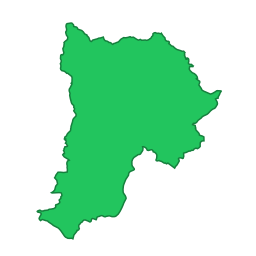 the district of Muong La, Son La, Vietnam, rotated 267°
{"feature_id": "81297802B85331365285334", "entity_name": "Muong La", "entity_type": "district", "adm_level": 2, "iso_a3": "VNM", "parent_name": "Vietnam", "parent_adm1": "Son La", "projection": "natural_earth1", "projection_center": [104.061, 21.526], "detail": "fine", "context": "isolated", "style": "filled", "palette": "green", "viewbox_px": 256, "rotation_deg": 267, "n_neighbors": 0, "source": "geoboundaries", "source_scale": "gbopen_adm2", "svg_char_len": 5742}
<svg xmlns="http://www.w3.org/2000/svg" viewBox="0 0 256 256"><g transform="rotate(267 128 128)"><path d="M220.8,166.3L220.5,166.1L220.4,165.7L221.1,163.3L221.0,161.9L221.8,160.3L221.7,159.2L220.9,157.9L219.2,157.7L218.7,157.4L218.0,156.5L216.3,155.4L215.9,154.4L215.2,153.5L214.6,151.7L214.6,150.8L215.0,149.7L214.9,148.9L214.9,146.1L215.8,145.1L215.7,144.4L215.2,143.3L215.3,142.9L216.0,141.5L218.4,138.2L218.3,135.9L219.0,135.0L219.0,134.7L218.5,132.7L218.2,130.3L218.5,128.4L217.0,125.5L214.5,123.0L213.8,120.6L213.3,119.7L213.2,118.4L212.3,117.2L212.4,116.9L213.8,115.5L214.4,114.3L214.4,113.4L215.1,112.8L215.8,111.7L216.2,110.1L216.8,109.4L217.8,108.7L220.1,108.1L219.3,105.0L219.3,103.7L218.5,101.5L218.3,100.3L217.6,97.3L216.3,96.1L216.4,95.5L217.3,94.5L220.4,93.6L222.4,91.9L223.0,91.9L224.3,89.6L226.2,88.5L227.8,86.9L229.2,83.4L229.6,82.9L230.3,82.8L231.1,82.3L231.5,81.8L232.2,79.1L233.5,79.1L234.1,78.8L235.7,77.4L235.8,76.5L235.4,72.6L234.8,71.9L233.5,71.5L232.4,71.4L229.9,71.9L227.9,71.5L227.3,70.9L226.5,70.8L223.9,71.4L222.2,72.5L221.5,72.6L220.5,72.3L219.7,72.3L217.4,69.2L216.5,68.5L215.5,68.8L214.1,68.3L213.2,68.4L210.6,67.1L208.0,67.5L207.0,67.9L206.4,67.8L204.9,67.1L204.5,66.7L204.4,66.4L204.7,65.7L204.7,65.2L204.0,64.6L200.7,64.2L199.3,64.8L198.4,64.9L196.9,64.5L195.7,63.8L194.5,64.2L193.7,64.2L192.2,64.1L191.3,63.7L190.0,63.9L188.8,64.8L188.1,67.1L187.4,68.2L185.8,69.7L185.8,70.5L185.5,71.2L184.9,71.6L184.0,72.8L183.4,73.2L182.7,74.3L181.5,74.7L180.9,74.8L176.4,74.4L175.7,73.6L175.1,74.4L174.6,74.2L170.8,72.1L169.9,71.4L168.2,71.2L165.5,71.9L163.8,71.5L160.2,72.0L156.3,72.8L155.1,73.3L153.3,74.9L152.6,75.1L151.4,74.9L150.1,75.7L148.7,75.2L148.0,74.7L144.4,76.9L142.5,76.6L141.3,75.1L140.0,73.9L138.8,73.3L137.1,72.9L132.6,71.2L131.4,71.1L130.2,70.7L129.4,70.7L128.4,70.4L127.1,69.2L126.9,68.6L125.0,66.9L123.3,66.1L122.4,64.6L120.5,63.9L120.2,63.9L120.0,64.4L120.3,65.1L120.2,65.3L119.1,64.7L118.4,65.5L117.4,65.6L116.1,64.7L115.3,65.8L114.0,66.2L113.3,66.7L112.8,66.4L112.6,65.4L112.6,64.1L112.4,63.9L111.7,63.7L110.5,63.0L109.8,63.1L108.8,62.4L107.9,63.0L105.8,63.2L105.7,62.4L105.4,62.3L105.3,61.9L104.6,61.4L102.5,62.8L99.8,66.7L98.9,67.6L98.2,65.9L96.3,65.1L94.7,65.1L93.3,65.4L91.9,65.1L89.8,65.3L87.2,65.0L86.9,61.4L87.4,58.2L87.5,55.8L84.7,53.5L82.9,52.7L82.1,52.1L79.5,54.2L75.8,54.7L74.2,53.1L73.3,52.6L70.0,51.6L68.4,50.0L67.4,48.2L67.1,48.8L67.1,55.8L66.8,57.7L66.4,58.1L64.4,58.5L63.8,58.4L62.9,57.4L61.1,57.2L59.9,55.6L59.3,55.5L57.9,56.0L57.0,55.9L56.5,55.3L55.3,53.3L55.3,52.3L55.1,51.9L54.3,51.6L53.0,51.7L52.3,51.3L51.4,49.6L51.0,46.6L51.0,45.3L50.8,44.6L50.2,43.7L50.0,40.0L49.6,39.4L49.6,37.1L50.5,35.9L50.5,35.2L49.9,33.5L49.5,33.0L49.3,33.0L48.7,33.6L48.2,35.6L47.7,36.4L47.1,36.8L46.4,36.8L42.9,34.7L42.1,34.5L41.1,34.9L40.1,35.9L40.9,37.0L41.1,37.8L39.8,41.1L39.4,42.8L38.4,43.6L35.8,47.1L34.6,48.3L31.7,53.3L29.3,55.3L23.3,59.0L22.3,59.9L21.0,62.2L20.8,64.3L20.9,65.7L20.2,67.2L24.0,68.4L27.4,71.4L27.8,71.7L28.4,71.7L28.7,73.1L29.0,73.5L30.0,74.1L31.5,73.7L32.5,73.7L33.1,73.7L34.1,74.2L34.7,75.1L35.6,75.6L36.6,77.4L37.8,78.3L38.3,79.0L38.4,80.4L37.2,83.2L36.2,84.9L36.3,85.6L36.9,86.3L38.4,86.7L39.2,87.2L39.4,87.5L39.5,87.8L39.1,89.1L38.1,91.2L38.1,91.5L40.5,92.4L41.0,93.3L41.2,94.6L41.9,96.5L41.8,97.7L40.8,99.4L40.5,100.5L40.9,101.7L41.3,104.7L40.3,107.4L40.2,109.5L40.3,110.4L40.6,111.3L42.6,113.8L45.4,115.8L48.7,117.7L51.1,118.9L53.4,119.9L57.7,122.4L58.9,122.3L60.5,121.7L63.2,120.1L64.2,119.8L67.0,119.8L70.7,120.4L72.5,121.1L76.8,123.1L80.7,126.0L82.4,126.3L83.6,126.9L84.5,128.1L85.7,131.4L86.2,132.1L87.0,132.1L89.8,130.3L90.9,130.0L94.4,130.1L96.6,131.0L98.3,132.4L100.2,135.7L100.8,136.4L101.0,138.2L101.4,139.1L104.9,141.6L107.0,141.9L108.5,141.6L108.5,142.7L107.8,144.0L106.8,145.2L104.8,146.1L104.5,147.3L105.1,150.1L105.0,150.7L104.1,151.7L102.9,151.9L102.4,153.3L101.4,154.4L100.1,155.2L98.8,155.4L96.2,155.0L94.7,154.3L94.1,154.4L93.8,154.8L93.6,155.6L93.9,157.4L93.5,157.9L92.9,159.7L91.1,162.2L91.0,162.5L91.1,163.5L90.2,164.5L90.3,165.0L90.9,166.0L85.5,172.5L87.2,173.5L88.2,174.7L89.6,175.7L92.3,177.4L93.4,177.3L94.2,176.8L94.8,176.8L95.3,177.4L95.5,178.7L95.2,179.9L94.7,180.9L94.9,181.5L96.7,182.2L100.0,182.2L100.6,185.0L101.7,187.5L101.7,189.0L102.4,190.4L102.3,191.7L102.8,192.4L103.6,192.9L104.3,194.8L103.7,196.3L104.8,198.2L105.8,199.1L108.2,199.2L109.8,199.5L110.3,200.0L111.2,201.4L111.2,203.2L115.1,203.3L116.0,201.9L117.1,199.0L118.3,198.8L119.4,198.3L122.3,195.9L124.0,195.3L124.4,195.7L124.7,195.5L127.0,195.2L128.0,192.7L129.2,193.5L129.3,194.1L129.1,195.0L129.9,196.7L132.0,198.4L134.1,201.6L135.1,202.5L136.0,203.9L137.5,207.6L138.5,209.0L140.8,211.3L142.3,213.4L143.0,215.3L143.7,216.3L146.8,218.4L147.7,218.6L149.3,218.4L152.4,216.9L152.9,217.9L153.0,219.5L154.4,219.7L156.7,221.2L157.7,221.5L159.9,223.0L160.1,222.9L160.3,221.9L160.6,219.1L160.5,218.5L159.4,216.7L158.1,214.1L157.6,212.1L160.9,205.4L162.2,203.7L163.6,203.3L167.3,201.0L170.0,202.1L170.9,202.0L173.4,198.9L173.6,198.8L174.0,200.0L175.6,199.7L177.4,198.6L178.8,197.1L179.9,195.0L182.2,192.9L183.8,192.2L184.1,192.4L185.9,192.7L186.1,192.9L185.9,196.0L186.5,196.4L186.7,196.0L187.3,195.7L187.7,194.9L188.1,194.8L188.3,194.3L188.2,193.5L188.4,192.7L189.2,191.8L190.0,191.8L191.4,192.2L193.5,192.2L194.1,191.9L194.7,191.1L194.8,190.7L194.6,190.6L193.6,190.4L193.6,189.6L194.0,189.3L195.3,189.1L196.0,188.6L196.7,188.7L197.5,188.2L198.8,188.5L199.6,188.3L200.4,188.8L200.9,188.2L201.4,188.0L201.8,187.6L201.8,185.7L202.3,185.1L203.9,180.8L205.6,178.7L207.2,177.3L207.7,175.7L209.6,174.0L210.1,173.2L211.1,173.7L211.9,173.6L212.4,173.0L212.7,171.3L213.3,170.5L214.2,169.8L216.1,169.6L218.2,167.8L220.8,166.3Z" fill="#22c55e" stroke="#15803d" stroke-width="1.5"/></g></svg>